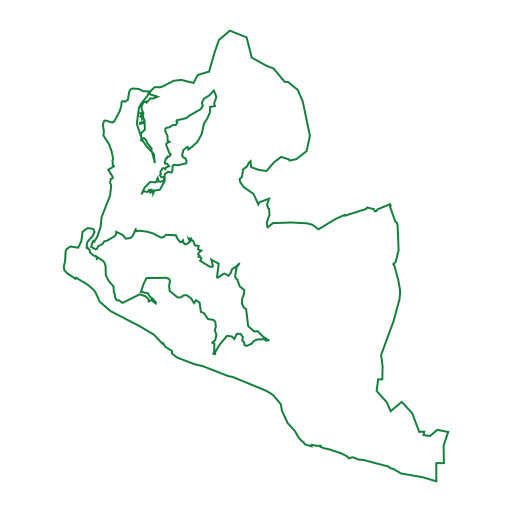 Greater Monrovia, Montserrado, Liberia
{"feature_id": "62588387B62702599090886", "entity_name": "Greater Monrovia", "entity_type": "district", "adm_level": 2, "iso_a3": "LBR", "parent_name": "Liberia", "parent_adm1": "Montserrado", "projection": "robinson", "projection_center": [-10.758, 6.319], "detail": "fine", "context": "isolated", "style": "outline", "palette": "green", "viewbox_px": 512, "rotation_deg": 0, "n_neighbors": 0, "source": "geoboundaries", "source_scale": "gbopen_adm2", "svg_char_len": 6050}
<svg xmlns="http://www.w3.org/2000/svg" viewBox="0 0 512 512"><path d="M251.8,57.7L246.6,37.4L229.8,30.7L218.9,40.0L214.6,52.4L209.1,71.6L197.8,74.9L193.5,83.0L181.4,79.9L173.7,80.8L162.8,86.4L160.0,87.3L154.7,87.1L150.8,90.8L149.3,94.1L157.5,96.7L153.2,98.5L150.3,98.4L146.6,102.5L146.3,101.7L143.7,102.2L141.9,105.5L141.4,108.2L143.0,112.5L140.2,113.2L141.0,114.1L143.3,114.1L142.9,115.6L140.3,116.4L141.7,117.1L142.0,118.7L143.0,116.9L144.5,120.6L143.2,121.9L139.9,122.9L140.1,123.9L144.6,122.7L144.9,129.6L141.7,132.6L140.7,134.9L142.1,139.1L143.9,138.0L146.0,140.0L147.2,143.0L151.7,148.7L151.3,150.9L153.8,154.1L154.9,163.1L152.2,152.4L146.0,145.7L143.1,141.1L141.3,140.5L141.0,139.7L141.8,139.0L136.8,123.7L139.0,107.7L140.9,104.0L147.5,95.7L149.4,91.4L143.4,91.2L138.7,89.0L132.8,88.5L130.7,89.4L129.3,91.3L127.9,99.8L125.0,101.7L122.9,101.0L121.4,102.6L121.4,105.5L119.7,111.2L114.3,121.4L112.1,122.6L106.5,120.7L104.6,120.6L103.9,121.5L102.9,124.8L103.9,131.6L103.4,135.4L109.3,144.8L111.6,151.3L113.1,158.5L112.5,160.4L112.9,166.1L114.6,166.0L108.3,169.7L112.7,176.9L112.7,178.2L110.8,179.0L110.1,182.6L111.2,185.6L110.0,195.7L101.6,217.2L100.5,227.5L97.3,236.6L95.0,240.5L93.7,240.9L94.0,241.6L92.9,241.4L91.1,246.9L95.3,249.2L96.8,249.0L98.2,246.1L102.2,244.3L104.3,241.3L107.1,240.7L114.8,236.1L116.1,234.3L116.2,231.8L122.9,235.1L125.8,238.7L130.8,237.9L133.0,235.4L136.0,228.4L135.5,231.4L139.5,230.7L147.2,231.7L153.0,233.4L161.0,237.6L163.4,237.2L166.1,234.8L176.0,235.3L177.0,238.1L180.3,242.2L181.6,242.1L182.9,240.3L183.8,243.2L184.9,244.3L187.4,243.6L190.0,241.7L190.1,241.0L188.9,239.6L188.6,238.7L190.2,240.1L190.1,238.5L191.1,238.4L191.7,240.2L193.1,240.9L195.0,245.5L198.6,245.9L198.1,249.4L201.3,250.7L198.6,252.8L198.1,254.4L199.6,255.9L198.8,256.9L200.2,257.1L201.4,258.4L200.1,260.8L209.8,266.7L212.3,266.9L212.9,265.7L211.4,259.7L218.7,263.7L217.0,277.3L218.0,277.6L223.6,273.8L225.1,273.6L228.4,275.8L230.4,273.5L232.2,269.0L235.6,267.0L239.6,263.1L236.5,267.7L235.1,276.3L235.7,278.1L237.4,279.7L239.7,286.3L244.4,290.3L243.8,294.7L242.0,298.9L241.9,303.6L243.9,307.7L246.1,309.0L248.2,326.2L254.3,331.5L257.6,331.1L263.4,337.0L269.5,340.8L268.4,340.1L266.2,340.7L264.1,339.2L257.3,339.5L253.9,340.9L251.7,343.6L246.7,345.9L244.4,345.0L244.3,342.7L242.2,340.5L242.9,337.1L240.5,333.8L236.8,333.8L234.3,339.0L231.9,336.5L227.1,335.8L220.0,344.2L215.4,351.6L215.1,354.0L213.6,353.3L213.0,354.7L214.2,350.9L214.4,343.8L212.3,342.6L215.1,340.4L216.4,335.1L214.8,329.9L215.9,326.4L215.2,321.6L213.5,319.9L208.0,319.1L203.8,312.9L200.9,311.9L199.6,302.6L196.0,300.2L194.0,303.1L191.1,298.4L186.6,295.1L183.3,295.5L180.9,297.4L177.7,297.5L169.7,291.1L169.1,286.2L170.0,280.6L169.1,279.0L166.3,277.8L146.5,278.1L143.7,283.7L140.9,291.9L147.9,293.3L150.0,296.9L152.8,298.8L155.9,302.7L155.7,303.5L151.2,300.0L148.8,301.4L148.4,299.3L145.8,296.4L139.8,294.3L122.5,302.9L118.9,300.3L116.7,300.2L115.0,297.5L114.8,293.8L113.9,292.5L113.5,286.5L108.8,281.0L105.8,275.5L105.6,266.2L104.5,262.8L103.4,261.2L96.5,256.6L96.9,260.1L96.4,256.5L93.3,255.4L90.9,253.3L89.8,252.1L89.6,249.7L87.3,248.2L87.9,248.1L86.6,245.5L87.3,242.1L93.0,235.4L94.6,231.8L93.4,229.2L92.0,228.7L87.6,228.1L82.6,231.7L81.3,241.4L78.1,247.7L70.4,246.5L66.3,249.4L65.6,251.5L65.1,261.0L63.8,266.6L64.2,269.9L66.7,272.9L75.5,278.8L76.0,277.8L76.9,278.2L87.4,284.5L93.6,289.8L95.3,292.0L99.7,301.7L110.7,311.2L139.7,326.2L154.1,334.8L162.4,343.7L163.0,343.1L165.5,346.9L172.0,351.1L171.9,353.5L177.2,357.6L194.4,364.2L202.7,366.1L228.2,376.1L232.8,377.0L266.2,390.8L270.3,393.2L273.7,395.7L280.8,404.2L281.9,410.7L287.7,423.2L294.9,430.9L298.4,437.3L301.9,441.2L303.4,442.0L304.7,444.3L311.7,446.4L311.7,444.8L317.1,445.9L320.5,445.7L320.3,446.7L324.4,448.4L328.8,449.2L341.9,453.6L347.7,456.8L348.6,458.3L352.6,457.2L358.9,459.6L363.5,460.0L388.6,466.6L389.9,468.0L393.5,469.0L401.1,473.5L422.5,477.2L436.3,481.3L436.3,463.1L443.9,463.1L443.6,445.5L448.2,432.0L437.3,429.8L430.0,436.0L423.5,435.1L424.2,431.6L419.2,431.9L412.2,413.2L401.7,401.9L390.6,411.2L387.0,402.6L376.6,390.8L378.2,379.3L382.3,379.3L382.6,366.7L381.1,355.0L393.4,321.6L399.5,299.3L400.0,294.3L400.1,290.7L398.4,280.7L394.3,265.5L393.3,264.1L395.6,262.0L398.6,250.3L397.6,225.1L396.6,222.4L395.4,221.7L389.9,206.5L390.7,205.8L390.1,204.1L377.3,209.5L376.7,210.8L374.9,211.3L373.7,209.1L367.0,207.5L366.3,208.9L345.0,215.7L344.7,214.9L336.2,218.6L318.5,229.3L312.5,224.8L307.0,223.3L291.5,222.5L291.4,221.8L291.4,222.5L272.9,223.1L267.0,228.0L267.5,227.4L266.8,222.5L269.5,214.6L269.0,208.7L268.2,208.2L267.0,204.7L269.1,198.7L259.3,202.3L258.3,204.4L253.5,193.9L243.8,187.1L240.2,182.1L239.6,179.2L242.1,176.6L243.0,169.5L247.1,166.3L248.9,162.6L250.5,161.2L251.2,167.2L258.7,169.9L266.5,171.0L274.2,162.1L281.2,156.9L288.9,159.4L289.5,160.6L296.4,159.1L306.6,151.1L309.9,135.7L302.8,101.7L297.8,89.9L287.9,81.9L284.8,82.0L273.6,68.5L266.5,65.8L251.8,57.7ZM177.9,165.2L173.5,164.9L172.7,165.8L172.3,171.0L171.5,172.6L168.1,171.8L164.7,174.2L164.6,181.2L159.8,189.8L154.4,190.6L153.1,193.6L152.8,190.6L150.5,192.7L149.8,192.1L150.9,189.7L149.2,189.8L147.4,191.9L143.4,191.2L141.4,194.3L144.7,187.5L150.1,182.0L155.6,182.3L157.2,181.5L156.7,180.1L157.7,178.0L158.6,181.3L160.1,181.9L163.4,180.9L164.1,179.2L163.7,177.1L161.3,177.2L160.0,175.4L161.0,173.7L160.3,172.0L162.4,168.5L163.3,168.1L165.3,169.2L165.8,167.6L169.1,166.2L166.9,163.6L165.1,163.6L164.7,162.4L165.9,158.5L167.0,158.2L167.5,156.5L169.0,156.7L170.8,154.6L169.1,152.5L166.2,144.9L166.4,143.5L169.4,141.8L167.8,141.1L167.3,135.3L165.5,131.8L165.2,129.3L166.2,127.9L169.5,127.3L172.6,125.1L175.7,125.0L177.3,122.7L176.4,121.2L176.8,120.3L186.5,118.1L188.1,116.4L200.8,109.1L202.8,105.8L201.9,102.9L203.9,98.7L209.2,95.5L213.8,90.5L216.4,96.8L214.2,103.5L214.9,106.1L210.1,106.9L209.9,112.5L207.3,118.5L204.0,123.6L201.6,134.4L197.3,142.0L191.9,147.0L187.7,150.1L188.9,148.2L187.4,146.9L183.4,150.0L182.1,155.5L183.5,157.6L185.0,157.9L186.5,160.6L186.2,163.4L177.9,165.2Z" fill="none" stroke="#15803d" stroke-width="2"/></svg>